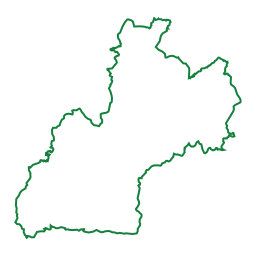 Antanifotsy, Vakinankaratra, Madagascar, rotated 270°
{"feature_id": "10022922B69082959012584", "entity_name": "Antanifotsy", "entity_type": "district", "adm_level": 2, "iso_a3": "MDG", "parent_name": "Madagascar", "parent_adm1": "Vakinankaratra", "projection": "orthographic", "projection_center": [47.552, -19.75], "detail": "fine", "context": "isolated", "style": "outline", "palette": "green", "viewbox_px": 256, "rotation_deg": 270, "n_neighbors": 0, "source": "geoboundaries", "source_scale": "gbopen_adm2", "svg_char_len": 5826}
<svg xmlns="http://www.w3.org/2000/svg" viewBox="0 0 256 256"><g transform="rotate(270 128 128)"><path d="M33.6,15.4L31.9,17.2L31.9,18.8L31.4,19.9L29.6,21.5L27.4,21.9L26.7,23.9L23.5,23.7L22.3,24.5L21.0,24.7L20.2,26.1L18.9,26.2L18.2,26.7L18.6,27.2L19.5,27.1L20.0,27.6L19.8,29.1L18.7,31.7L18.8,34.0L24.1,37.0L24.7,40.5L24.7,44.3L25.9,45.0L27.1,44.1L27.9,45.6L27.3,46.3L27.6,46.8L27.2,47.1L26.6,48.6L26.5,49.5L26.7,50.4L27.0,50.7L30.5,50.7L29.2,52.3L28.8,54.3L27.8,55.9L27.8,58.1L28.9,61.1L28.0,64.7L27.8,65.2L27.0,65.1L26.4,65.7L26.7,68.1L26.2,68.8L25.9,72.4L26.3,76.9L25.4,78.6L25.4,79.4L26.5,80.4L26.8,84.0L26.0,83.8L25.5,83.1L24.8,83.6L24.3,84.7L23.5,88.7L24.4,93.3L26.0,96.4L23.8,101.0L23.9,102.8L24.7,105.4L25.0,108.3L24.7,110.2L23.7,112.2L23.6,114.8L22.9,116.2L22.7,117.3L23.1,119.8L22.3,124.2L22.7,126.1L22.0,132.5L22.6,136.7L24.7,137.7L27.0,137.7L30.8,140.0L31.9,140.2L34.5,139.5L36.9,139.8L38.9,141.3L40.5,141.6L41.3,141.5L42.3,140.7L43.0,139.7L44.2,138.8L45.4,136.7L46.6,136.0L47.1,136.0L49.3,137.6L52.3,139.2L54.8,138.8L57.4,137.6L67.1,139.6L68.1,139.6L70.5,138.4L71.2,139.1L71.4,140.0L72.4,140.1L73.1,139.9L74.3,138.7L76.7,138.5L77.7,138.8L78.1,139.5L77.7,141.6L79.1,141.8L83.5,146.0L84.3,145.7L86.0,146.6L86.2,148.4L89.5,151.4L90.5,153.6L90.7,157.0L90.4,160.8L90.7,161.2L91.8,161.6L92.7,162.3L93.6,164.9L95.1,166.2L95.2,167.1L94.6,168.6L94.7,169.3L95.7,170.6L97.6,171.8L99.0,173.2L102.3,173.9L101.8,175.0L101.4,176.6L101.6,177.7L100.2,181.6L100.3,182.3L103.7,184.7L105.1,184.4L106.0,184.6L106.7,184.4L107.2,184.9L108.2,184.6L110.8,187.7L112.6,188.9L111.0,189.7L109.7,190.9L109.4,191.6L109.6,192.7L109.4,193.6L110.8,195.4L113.1,196.4L114.2,197.3L114.7,198.3L112.1,199.6L111.8,201.2L111.4,201.4L106.6,202.5L103.1,204.2L102.7,205.2L104.1,207.0L107.3,208.4L108.1,209.4L108.1,210.3L106.8,211.0L105.7,212.8L106.0,214.6L108.1,216.1L107.7,217.4L107.5,217.5L107.0,217.0L106.4,217.5L106.7,219.6L105.8,222.3L106.1,223.8L106.5,222.9L107.9,221.7L109.0,221.4L110.0,221.7L113.3,224.0L113.7,224.0L114.6,223.2L117.4,223.3L117.7,224.2L117.5,226.8L118.7,227.4L119.1,228.6L120.6,229.0L120.5,230.0L119.5,231.8L119.3,233.3L119.7,234.4L123.1,233.3L123.2,233.0L122.3,232.2L122.2,231.4L122.6,229.6L123.5,228.3L126.3,227.8L128.2,226.5L130.4,227.2L131.4,226.3L132.8,226.0L144.4,233.1L146.6,233.9L149.6,233.6L151.1,235.3L153.6,240.4L155.4,240.6L157.3,240.1L161.9,237.0L167.7,235.2L169.4,233.9L171.5,231.1L173.2,230.6L178.9,231.0L180.7,229.2L181.0,228.3L181.8,228.1L182.4,227.4L182.4,226.7L181.6,225.0L182.3,223.9L184.8,225.3L185.9,225.0L188.4,225.4L189.8,226.8L191.5,226.7L193.2,227.6L193.7,227.0L194.2,227.2L194.1,226.3L195.5,224.6L195.1,223.6L196.0,223.3L197.1,220.9L198.3,219.2L198.4,218.4L195.7,216.1L195.2,214.9L193.5,214.1L192.6,211.7L190.8,210.3L190.6,209.1L189.9,208.8L189.7,207.9L188.5,207.1L188.7,206.2L187.8,204.7L187.5,201.7L186.6,201.0L185.5,201.2L185.0,200.7L184.6,199.9L184.7,198.8L182.0,195.6L182.4,194.9L182.2,194.5L181.1,194.5L180.9,193.5L179.7,194.0L179.3,192.9L179.9,192.6L179.8,192.1L179.6,191.9L179.0,192.1L178.8,190.9L177.8,190.3L178.2,189.7L177.8,188.9L185.6,189.3L188.0,189.1L192.4,185.8L192.7,183.3L197.3,178.9L198.7,178.3L198.3,176.9L199.8,173.9L200.2,171.7L199.7,169.2L198.6,167.2L198.5,165.5L202.2,164.9L204.4,162.4L206.4,158.4L209.0,155.8L214.8,159.7L220.1,160.9L222.6,162.6L225.1,166.9L226.9,166.7L227.4,167.0L227.4,167.9L228.1,167.2L228.8,167.8L229.8,167.7L230.8,169.4L233.1,169.8L233.9,170.6L235.4,170.0L236.2,167.9L236.0,167.2L236.3,166.4L236.0,165.8L235.7,166.2L235.4,166.0L236.2,164.4L235.8,162.6L236.8,161.1L236.8,158.7L237.3,158.4L236.9,158.1L236.0,155.8L236.3,155.2L237.5,154.7L237.8,154.2L234.5,153.2L233.7,152.7L232.9,151.3L232.1,151.1L230.7,151.5L229.9,150.8L228.4,150.5L227.6,149.6L228.6,147.8L228.7,146.3L229.2,144.8L229.7,140.4L229.5,134.2L234.5,132.9L235.6,131.4L236.6,128.4L236.4,127.1L233.8,125.0L229.7,122.6L223.5,120.2L221.5,117.8L217.6,118.2L216.4,119.2L214.1,120.2L212.6,120.4L212.1,120.9L210.7,120.4L209.8,120.6L209.5,119.6L209.9,118.7L208.7,117.2L208.6,116.4L207.9,115.8L208.2,113.2L206.9,112.5L207.3,111.2L206.7,110.5L206.2,110.5L205.6,111.3L205.6,112.7L206.2,113.9L203.9,115.3L204.2,117.1L201.5,119.0L200.4,118.5L200.0,116.4L199.3,116.1L198.8,115.0L198.1,114.6L197.3,114.8L196.6,115.7L194.3,116.7L193.5,116.8L192.6,116.4L191.0,114.8L187.6,112.2L187.1,107.5L186.0,107.5L185.2,108.8L183.1,110.1L182.5,110.8L181.3,109.9L180.6,109.7L179.9,110.3L179.1,112.1L176.2,111.3L175.5,112.1L175.0,112.3L172.3,111.3L171.4,110.3L170.4,110.5L167.6,108.9L164.0,110.6L160.0,111.7L157.5,112.0L154.1,111.7L153.5,111.3L153.1,110.3L145.1,108.7L143.9,107.7L143.4,106.6L142.4,101.6L141.8,100.7L138.0,100.8L136.3,102.1L133.8,102.2L132.9,101.7L132.2,100.5L129.8,99.1L130.3,97.6L130.7,94.5L131.1,93.6L133.3,91.5L136.1,90.7L137.2,87.9L139.2,85.4L142.2,83.4L143.9,81.8L146.2,80.7L147.2,79.8L147.4,79.3L145.7,76.4L145.8,73.3L145.3,72.2L143.3,72.8L141.6,72.5L142.3,68.7L142.0,66.8L141.3,65.2L140.1,64.1L137.6,63.9L136.6,62.2L135.9,61.6L133.3,60.4L130.7,59.7L129.6,57.5L128.2,56.3L128.2,53.0L126.0,52.0L122.0,52.2L119.0,53.8L116.1,54.0L115.5,53.7L114.9,51.8L111.9,51.2L110.2,51.9L109.8,51.8L108.7,50.5L108.4,50.8L108.4,52.0L107.7,53.0L106.7,53.3L105.2,52.9L103.6,51.5L103.8,50.5L105.0,50.3L104.8,48.3L104.6,47.9L103.3,47.6L103.6,46.9L103.2,46.1L100.9,46.0L100.9,46.6L101.3,47.1L100.9,48.3L101.6,49.2L101.3,49.7L99.7,48.2L98.2,48.6L94.8,47.7L94.9,47.3L96.0,47.6L96.3,47.4L95.9,46.7L94.5,45.9L95.5,44.5L94.8,43.8L95.3,43.5L95.0,43.0L95.8,41.8L95.8,40.6L94.9,40.1L94.3,40.4L93.9,40.0L92.7,37.6L91.2,33.0L88.4,30.3L89.0,29.4L88.8,28.8L85.8,28.9L82.7,30.5L81.7,30.3L78.6,30.5L76.9,29.6L73.0,26.5L72.3,26.5L71.0,27.3L69.7,25.9L67.6,25.5L65.4,21.9L64.4,20.9L63.0,19.9L60.4,18.9L57.0,16.3L50.5,15.9L47.8,16.7L43.4,16.3L41.6,17.3L40.0,16.8L38.8,17.4L37.8,17.4L33.6,15.4Z" fill="none" stroke="#15803d" stroke-width="2"/></g></svg>